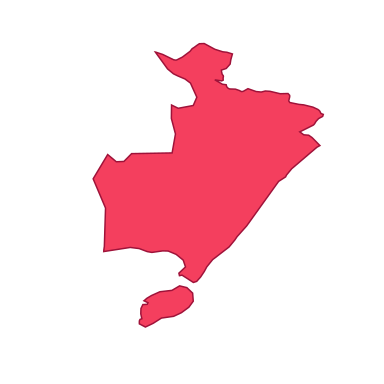 Noord-Holland, Natural Earth projection, rotated 206°
{"feature_id": "NLD-3486", "entity_name": "Noord-Holland", "entity_type": "Province", "adm_level": 1, "iso_a3": "NLD", "parent_name": "Netherlands", "parent_adm1": "", "projection": "natural_earth1", "projection_center": [4.92, 52.678], "detail": "fine", "context": "isolated", "style": "filled", "palette": "rose", "viewbox_px": 384, "rotation_deg": 206, "n_neighbors": 0, "source": "natural_earth", "source_scale": "10m", "svg_char_len": 2005}
<svg xmlns="http://www.w3.org/2000/svg" viewBox="0 0 384 384"><g transform="rotate(206 192 192)"><path d="M99.4,286.9L112.6,256.6L114.5,248.7L114.5,246.6L118.8,239.5L128.0,185.5L131.9,171.7L132.5,167.5L134.6,158.8L143.8,140.3L145.9,131.2L146.1,126.0L147.0,119.4L148.6,113.7L151.1,111.3L164.5,112.9L166.6,111.3L168.2,113.3L165.0,121.8L170.0,126.9L178.9,129.0L187.5,128.5L192.4,126.3L201.6,120.1L206.1,118.8L214.7,118.0L223.2,115.1L245.2,99.8L245.3,100.1L245.7,100.9L246.6,103.6L246.9,104.6L262.7,139.7L286.6,160.5L286.6,160.8L284.2,188.7L273.3,186.0L266.6,189.6L263.1,200.0L227.0,218.4L232.3,236.9L242.8,249.1L248.5,261.2L241.1,261.2L228.8,270.3L229.2,279.3L241.1,289.2L247.8,290.5L255.9,290.1L260.5,290.1L267.9,291.9L286.3,301.7L286.0,301.8L278.6,302.8L266.5,302.8L264.7,303.3L263.8,303.8L259.8,309.0L255.4,317.6L254.7,320.9L253.4,323.0L251.9,325.9L250.4,328.5L246.1,330.8L234.0,330.3L225.8,331.5L221.9,332.9L216.2,333.8L215.1,327.9L213.8,323.7L215.4,318.0L219.0,314.5L218.0,312.8L217.4,312.2L217.0,311.6L216.5,311.1L215.7,310.6L215.1,310.4L214.6,309.9L214.3,309.3L214.1,308.3L213.7,307.5L213.0,306.2L214.0,304.9L220.7,302.8L211.9,302.2L208.3,303.4L207.3,302.2L206.3,301.5L205.0,301.1L203.4,301.1L198.0,303.5L193.8,304.0L191.8,303.9L190.8,304.4L190.1,304.9L187.0,309.4L178.4,310.4L173.6,312.2L170.4,314.9L166.0,316.7L155.8,319.0L148.9,322.6L146.6,321.7L145.9,320.4L145.0,316.3L144.4,315.9L143.3,315.3L134.4,317.6L129.8,319.3L120.5,321.3L115.1,321.4L113.7,321.1L112.6,320.7L110.5,319.1L108.0,319.3L107.7,317.2L110.4,313.5L111.5,309.8L111.7,307.2L112.0,306.0L112.3,305.3L121.5,293.3L116.6,292.4L112.0,294.2L108.2,293.6L106.9,293.2L97.4,289.8L99.4,286.9ZM183.0,71.4L183.0,73.2L187.5,73.2L185.9,76.8L183.1,81.1L177.1,88.3L166.9,94.8L162.0,102.2L154.7,103.8L147.1,101.4L143.0,94.4L144.3,87.1L148.6,78.9L154.0,72.2L164.2,65.3L169.3,57.0L174.7,50.2L181.5,50.4L182.4,52.1L182.9,53.5L182.8,54.8L181.5,56.1L184.6,60.0L186.8,64.9L186.8,69.3L183.0,71.4Z" fill="#f43f5e" stroke="#9f1239" stroke-width="1.5"/></g></svg>